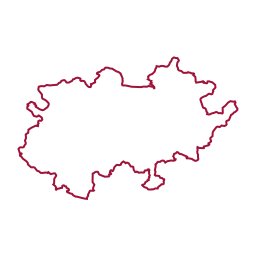 map outline of Anhui (Equal Earth projection), rotated 94°
{"feature_id": "CHN-1179", "entity_name": "Anhui", "entity_type": "Province", "adm_level": 1, "iso_a3": "CHN", "parent_name": "China", "parent_adm1": "", "projection": "equal_earth", "projection_center": [117.353, 32.025], "detail": "fine", "context": "isolated", "style": "outline", "palette": "rose", "viewbox_px": 256, "rotation_deg": 94, "n_neighbors": 0, "source": "natural_earth", "source_scale": "10m", "svg_char_len": 5803}
<svg xmlns="http://www.w3.org/2000/svg" viewBox="0 0 256 256"><g transform="rotate(94 128 128)"><path d="M201.6,164.0L201.3,167.4L200.0,174.5L200.1,175.5L198.8,178.2L197.6,179.1L197.3,181.1L196.2,184.1L195.7,184.5L195.1,184.4L194.4,182.7L193.9,182.5L193.3,182.7L192.8,183.2L192.0,185.1L190.6,185.7L190.4,187.2L189.7,187.9L189.8,188.8L190.4,189.5L192.3,189.6L192.6,191.2L193.3,192.7L193.4,193.9L194.6,195.3L194.4,195.7L192.2,195.7L190.9,196.6L189.6,198.6L188.6,197.9L183.8,198.0L180.7,196.3L180.1,196.4L178.5,197.5L178.4,198.9L179.4,201.8L177.6,204.4L178.5,204.9L178.1,206.5L178.9,210.7L178.8,212.1L177.5,213.7L176.9,215.8L174.0,218.4L173.7,219.6L174.0,221.2L173.7,222.3L171.3,225.3L170.0,225.5L168.5,226.7L165.8,230.9L164.2,232.2L163.3,233.7L162.7,233.9L161.8,232.6L161.1,232.3L160.7,232.8L160.8,234.1L156.5,235.8L155.1,234.7L154.8,234.1L154.7,231.6L154.3,230.7L152.6,230.1L151.1,229.0L149.8,229.0L147.9,229.9L145.0,229.0L141.9,229.6L141.1,229.1L139.7,227.2L136.6,227.2L135.6,225.7L134.8,224.9L132.5,220.9L132.2,220.2L132.4,217.9L131.7,217.8L130.7,218.4L129.7,217.5L128.5,218.1L127.4,217.9L126.7,216.9L126.9,215.2L125.7,214.1L125.4,214.1L123.6,214.8L121.7,217.8L121.8,218.2L122.5,218.6L123.1,220.0L122.4,222.9L118.5,225.2L115.8,229.8L114.2,230.0L112.7,228.9L112.4,229.1L112.0,229.9L111.4,230.0L110.1,228.0L108.9,227.0L108.7,226.1L109.8,222.8L110.0,222.5L111.0,222.9L111.9,221.2L112.4,221.2L113.0,221.6L113.4,221.2L115.5,217.3L116.2,214.7L116.0,213.6L112.8,209.7L110.4,208.7L108.8,208.9L106.5,211.4L105.6,213.0L104.9,214.9L104.5,215.5L103.0,216.0L100.6,216.2L96.7,219.8L95.8,220.2L93.0,219.9L92.3,217.7L92.2,216.2L92.3,214.6L90.7,211.9L91.0,209.1L89.8,201.8L89.2,201.1L87.9,200.1L87.3,198.6L85.6,197.7L84.7,195.4L84.7,194.8L85.1,194.0L86.9,192.5L86.9,191.1L86.7,190.0L84.8,187.0L83.2,186.2L82.9,184.9L82.0,183.9L81.3,182.1L81.8,179.3L82.3,178.8L83.5,179.0L84.2,178.6L84.4,177.7L84.1,176.5L84.2,175.2L85.3,174.0L86.9,173.3L89.2,171.0L89.8,169.9L89.8,168.2L88.3,167.7L86.8,168.0L86.5,166.8L85.6,165.7L84.9,164.1L84.3,163.9L83.1,164.3L82.2,164.2L79.7,161.4L78.0,160.3L77.5,160.2L77.0,160.5L76.1,162.8L75.3,162.7L74.7,161.9L73.7,159.6L71.8,157.9L71.2,156.0L69.5,154.9L69.3,154.3L69.3,152.2L69.9,150.0L69.9,148.0L72.3,143.5L72.9,141.2L74.3,139.0L75.2,139.0L75.9,138.3L79.1,136.8L80.5,136.9L81.4,136.5L84.6,137.0L85.8,136.6L85.8,132.8L86.6,127.1L86.3,117.8L85.6,115.4L85.5,111.9L84.6,110.3L85.1,107.6L84.7,106.9L85.0,106.2L86.6,104.8L86.5,104.5L85.4,104.6L84.1,105.8L83.0,107.4L82.5,108.8L81.4,107.6L81.0,108.4L79.5,107.9L79.3,108.9L78.0,111.6L77.5,111.1L76.9,111.0L75.5,111.6L74.9,111.3L73.5,109.8L72.3,107.4L69.8,105.3L67.3,104.8L66.2,104.1L64.3,103.8L64.6,101.1L63.9,99.6L63.7,98.7L63.8,96.3L64.2,95.3L64.0,93.0L62.2,91.4L59.6,90.6L58.6,89.7L55.9,88.8L55.1,88.1L54.4,87.0L54.9,85.2L54.8,83.6L56.6,82.2L57.3,82.0L59.3,83.3L62.7,83.6L64.1,82.6L66.2,82.0L66.9,81.4L67.6,78.5L69.0,76.8L69.1,76.3L68.8,72.9L68.1,72.0L68.5,70.8L68.5,69.6L69.1,68.3L68.9,66.6L69.2,65.9L69.5,65.8L70.2,66.6L70.7,66.6L72.1,64.6L73.7,64.1L76.7,63.8L78.0,63.1L76.9,58.4L76.1,56.4L76.6,55.6L77.4,56.0L77.6,55.7L77.9,52.5L77.5,52.1L76.0,51.9L75.8,50.4L76.6,47.0L78.9,44.0L81.6,43.6L84.4,45.9L85.6,45.5L86.4,45.9L88.1,46.2L88.6,47.1L88.2,49.3L88.3,49.9L90.5,52.4L91.3,54.5L92.9,56.9L94.0,57.7L94.8,57.7L102.1,54.7L102.6,54.2L102.9,52.5L103.2,52.1L105.3,51.0L106.2,50.9L107.2,49.8L108.7,50.1L108.9,48.1L108.7,47.4L107.8,45.9L106.8,43.0L105.9,41.3L106.1,40.1L106.9,38.7L106.7,36.7L106.9,34.9L106.2,34.5L101.2,35.0L99.0,32.5L95.6,29.9L94.1,27.7L94.4,24.5L94.0,23.2L95.3,22.5L96.4,23.2L96.8,23.1L99.9,21.2L100.9,20.2L102.5,20.2L104.5,22.2L105.0,23.2L106.9,24.8L107.7,26.1L112.9,27.8L113.3,28.3L113.9,29.9L114.3,30.3L115.3,30.4L117.6,29.9L118.4,30.4L119.3,31.9L119.0,34.8L120.6,36.5L120.4,38.9L121.0,39.9L125.4,42.8L127.0,43.2L130.1,43.1L132.4,45.2L133.5,45.1L134.7,44.3L135.5,44.2L136.7,45.1L137.6,46.7L138.6,46.6L138.9,45.9L139.4,46.2L139.9,46.9L140.3,48.6L140.8,49.7L141.1,51.0L141.5,51.2L142.7,50.9L142.9,51.3L142.9,55.8L142.2,57.3L143.0,57.4L145.5,57.0L146.7,57.3L148.3,57.0L149.6,56.3L152.5,56.1L153.8,55.7L154.6,55.8L155.6,56.9L156.1,58.7L155.4,60.3L154.4,62.1L154.0,65.3L154.2,67.2L153.6,67.6L152.6,67.0L152.3,67.5L150.4,72.8L150.2,74.8L148.9,76.3L148.6,77.4L150.0,78.7L150.6,80.2L153.2,80.9L153.6,80.4L155.5,79.7L155.8,78.3L156.4,78.4L157.1,79.1L157.5,80.3L157.4,82.7L158.4,86.5L159.9,88.4L158.3,89.8L158.0,90.7L158.4,92.4L159.6,93.7L159.6,95.4L160.0,96.2L161.9,97.3L162.1,97.9L162.5,98.1L164.0,97.7L168.5,98.2L169.6,97.5L173.0,98.0L173.7,97.0L173.5,96.0L173.8,93.4L175.3,92.6L175.7,90.3L176.3,89.6L176.6,88.4L177.1,88.2L178.7,88.8L180.0,88.4L181.3,88.6L181.7,89.3L181.8,90.7L182.6,91.3L184.7,93.7L186.3,94.2L186.3,96.4L187.4,98.4L187.9,102.5L187.8,103.7L186.7,104.7L186.2,105.9L185.9,107.5L184.2,109.8L183.7,109.8L183.5,108.7L182.3,107.2L181.0,107.0L179.8,105.2L178.7,104.9L178.7,103.9L178.5,103.6L176.7,103.9L175.9,103.2L174.9,103.6L174.0,102.9L171.6,104.0L170.6,103.7L169.7,104.2L168.7,103.7L168.0,104.0L167.8,104.5L167.9,105.3L169.0,106.3L169.2,108.1L169.7,108.5L171.0,108.7L171.4,109.2L171.4,112.0L171.9,114.2L171.2,115.1L170.9,116.2L171.5,116.9L171.4,117.8L169.3,119.4L166.5,120.0L166.2,120.6L166.2,122.5L163.1,124.9L162.6,126.6L163.3,128.0L162.4,128.8L162.2,129.6L161.7,130.1L162.4,131.2L163.9,132.4L164.7,132.4L165.1,132.6L165.7,134.0L165.5,136.2L165.8,137.0L168.1,138.9L170.6,139.5L171.9,140.1L172.1,140.5L171.3,141.8L171.7,142.6L173.7,143.0L174.4,141.8L174.9,141.6L175.3,141.9L175.8,143.6L177.0,143.3L177.7,143.8L178.2,147.8L176.6,153.0L175.8,153.9L174.0,154.8L173.8,155.6L173.9,156.8L174.4,157.8L175.3,158.8L175.9,160.0L184.3,159.6L187.0,157.6L189.9,158.6L191.6,158.5L192.7,157.6L193.1,158.3L193.1,160.9L193.5,161.7L197.3,163.2L198.4,163.0L199.9,163.9L201.6,164.0Z" fill="none" stroke="#9f1239" stroke-width="2"/></g></svg>